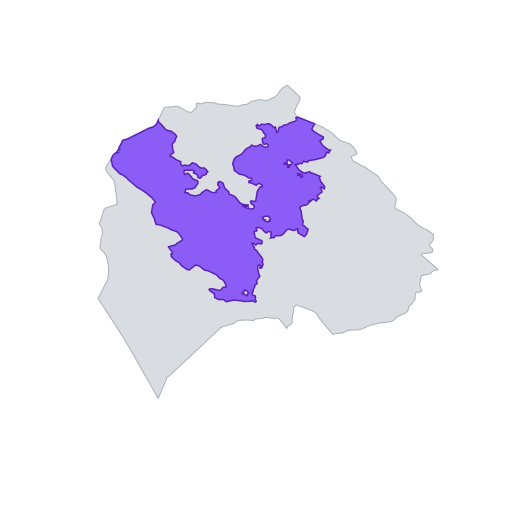 where Oromiya sits in Ethiopia, rotated 113°
{"feature_id": "ETH-3131", "entity_name": "Oromiya", "entity_type": "Administrative State", "adm_level": 1, "iso_a3": "ETH", "parent_name": "Ethiopia", "parent_adm1": "", "projection": "equal_earth", "projection_center": [38.367, 6.948], "detail": "fine", "context": "in_parent", "style": "filled", "palette": "violet", "viewbox_px": 512, "rotation_deg": 113, "n_neighbors": 0, "source": "natural_earth", "source_scale": "10m", "svg_char_len": 9787}
<svg xmlns="http://www.w3.org/2000/svg" viewBox="0 0 512 512"><g transform="rotate(113 256 256)"><path d="M137.9,366.8L137.5,366.2L135.6,364.0L133.7,361.2L132.6,358.1L131.5,355.6L130.9,349.9L129.6,346.4L128.2,342.1L126.2,334.0L125.4,331.1L123.7,329.3L122.0,327.5L120.3,323.9L115.6,320.7L113.9,318.2L110.8,313.9L110.0,311.8L109.8,309.6L108.9,307.6L107.2,305.3L101.8,300.4L100.4,299.8L98.5,299.2L95.7,298.8L91.9,297.6L88.6,295.7L87.1,294.4L86.8,293.4L87.1,291.8L88.3,289.1L90.6,282.7L92.2,278.3L93.2,277.1L96.1,276.7L99.2,276.9L101.5,277.2L104.6,277.2L108.4,276.9L109.9,275.4L111.1,273.8L111.6,272.7L111.8,269.8L111.8,267.5L111.6,258.7L111.5,253.3L111.3,247.2L111.4,245.9L111.4,244.4L112.4,237.8L113.2,234.0L113.8,232.1L116.3,225.8L116.7,223.8L116.8,222.0L116.0,213.6L117.5,209.6L119.5,205.7L121.2,204.1L122.7,202.9L123.4,203.4L125.0,205.2L127.2,207.0L128.2,206.6L129.7,205.0L130.8,203.4L130.6,200.4L131.7,194.4L131.5,190.9L132.6,186.6L133.8,180.5L134.3,176.6L135.0,174.6L138.1,170.3L140.9,164.3L142.6,160.0L145.9,152.8L147.6,150.2L148.9,149.1L151.0,148.4L154.7,147.7L157.4,147.1L157.8,146.2L158.0,144.7L158.1,141.5L158.6,136.0L159.8,130.7L161.2,126.6L161.9,124.8L162.8,123.0L163.8,120.0L165.1,113.5L165.1,109.1L166.9,101.0L167.3,100.9L170.3,99.5L173.3,99.2L176.2,100.3L178.1,100.5L178.9,100.0L179.7,98.7L180.5,96.5L181.7,95.3L183.3,95.1L185.4,97.5L188.8,104.0L189.7,104.4L190.3,104.2L192.0,99.0L193.4,95.0L195.9,87.4L197.3,83.1L198.6,84.3L199.9,86.5L201.4,87.6L203.1,88.2L203.8,88.3L204.8,89.2L208.3,94.6L209.5,95.8L211.2,95.9L218.0,94.2L222.1,91.1L222.8,89.8L223.9,89.8L225.3,91.2L225.8,92.5L226.7,94.3L228.3,94.6L232.2,93.3L234.1,92.6L235.7,93.2L237.8,93.7L239.1,93.7L242.2,95.5L246.0,94.9L247.7,95.0L249.5,95.7L252.5,98.5L256.3,101.9L261.8,104.4L263.0,105.4L265.6,109.2L269.8,116.7L275.2,123.8L281.1,129.4L284.2,133.3L286.4,138.1L288.5,142.4L290.6,144.3L292.6,145.7L294.6,149.0L296.1,151.8L298.1,154.9L295.9,159.2L293.0,165.0L289.6,171.7L288.6,173.3L285.6,177.4L285.1,178.5L284.5,181.5L284.5,186.8L284.9,193.6L285.3,199.9L286.9,200.6L288.9,201.1L291.0,200.2L293.6,199.5L296.7,199.1L300.3,197.9L302.3,196.8L304.5,196.9L306.5,198.0L307.4,199.0L308.8,199.4L310.6,199.3L310.2,200.5L309.2,202.2L308.1,204.0L307.0,205.7L304.7,210.8L304.6,211.4L304.9,212.4L306.2,214.7L307.5,218.4L308.3,221.8L308.9,223.4L310.5,225.3L312.8,229.2L314.0,231.8L316.6,233.2L317.4,236.6L319.4,241.5L321.4,245.4L323.4,248.4L325.7,249.6L326.6,249.7L331.2,255.4L334.8,259.7L335.7,260.4L342.1,263.2L349.5,266.5L355.4,269.1L362.9,272.4L370.4,275.7L377.3,278.8L387.2,283.2L395.1,286.8L401.3,289.6L402.6,290.4L425.2,290.4L419.7,297.7L413.5,305.9L406.9,314.5L402.7,320.0L395.9,328.8L390.4,336.1L384.6,344.1L379.4,351.4L372.6,361.4L368.2,367.9L361.3,378.1L357.0,384.5L356.4,384.8L350.1,384.3L344.1,383.9L336.3,383.3L335.4,383.3L333.2,383.9L331.8,384.5L326.3,386.2L325.2,386.6L320.6,389.4L315.9,392.6L313.4,395.1L311.5,398.7L310.7,401.3L309.8,402.4L308.4,403.4L298.5,405.8L295.6,406.1L291.0,408.1L288.5,411.3L287.8,413.0L284.5,412.9L278.7,413.4L276.2,413.9L275.0,414.0L272.8,414.0L271.0,413.4L269.7,412.5L268.2,410.5L264.9,406.5L262.4,404.0L257.1,406.9L252.3,409.8L245.4,413.9L241.5,416.8L240.4,419.8L237.3,425.2L234.7,428.5L233.6,428.9L227.5,428.2L225.3,427.5L221.7,426.9L216.8,425.8L213.5,424.5L210.0,424.4L204.9,423.9L201.7,423.0L198.5,420.0L194.4,416.4L190.1,412.7L185.8,408.9L180.6,404.5L175.0,399.7L173.7,399.3L173.1,399.2L167.0,398.9L160.6,398.7L156.3,398.6L154.9,398.0L154.0,396.9L152.6,393.4L150.9,390.8L149.1,387.6L148.9,383.3L149.5,378.6L149.9,377.0L149.7,375.4L149.7,373.3L148.7,371.3L142.4,369.0L141.4,369.2L140.4,370.0L139.2,370.6L138.3,370.1L137.8,369.2L137.8,367.8L137.9,366.8Z" fill="#d9dde1" stroke="#a8b0b8" stroke-width="1"/><path d="M111.9,272.1L111.4,253.7L116.7,254.2L117.8,253.8L118.7,251.4L119.6,246.1L120.1,240.6L120.7,240.1L122.4,240.0L124.5,242.1L125.2,242.0L127.8,238.4L128.7,236.2L130.0,230.7L129.4,228.8L132.7,229.3L133.0,231.6L136.1,231.3L138.5,232.0L143.9,238.8L148.0,245.3L149.3,245.1L150.0,247.0L150.3,249.4L153.0,249.8L154.2,252.7L154.4,253.1L155.4,253.0L156.1,255.5L156.6,255.7L159.9,250.0L160.8,245.4L160.7,243.7L157.4,239.3L158.1,238.2L157.7,236.2L157.6,228.0L158.3,228.4L159.2,228.2L162.1,225.6L164.4,221.3L165.6,219.7L167.6,219.4L166.8,222.7L168.1,223.4L168.5,223.3L169.3,221.6L171.3,220.2L174.4,222.2L177.1,223.2L177.7,222.6L178.3,220.4L179.9,221.7L181.4,221.7L181.7,221.9L181.8,222.7L181.2,224.5L181.5,225.5L182.2,226.4L183.8,226.7L184.4,228.9L184.8,229.0L185.6,227.7L189.3,229.4L191.0,232.3L193.1,234.4L195.2,233.9L197.5,231.7L204.1,227.9L205.4,226.1L209.2,225.3L209.6,224.4L209.4,223.0L210.1,222.1L211.0,218.4L216.3,218.0L219.3,219.0L218.3,226.2L216.5,227.7L214.8,227.7L214.8,228.7L215.3,229.2L216.9,230.1L217.8,231.4L218.4,236.0L219.1,237.2L220.6,238.2L224.7,239.3L227.3,240.8L229.9,246.1L232.4,246.8L232.3,247.6L233.8,249.7L232.4,249.4L231.0,250.7L228.0,251.1L228.6,254.1L230.7,255.4L230.5,257.3L228.6,261.5L228.7,264.3L229.7,266.6L230.6,266.7L232.1,265.0L232.8,265.3L233.6,266.9L234.1,267.4L239.5,263.9L239.6,256.8L240.6,255.7L241.8,255.5L242.9,255.9L243.8,259.8L245.5,260.0L245.9,260.6L245.4,263.9L245.8,264.7L247.6,262.9L248.4,260.9L249.2,260.9L250.3,259.8L250.8,257.2L252.2,255.4L255.4,249.5L256.8,248.3L259.4,247.7L260.8,246.3L264.4,246.1L265.5,246.9L265.7,247.5L265.4,247.9L262.9,248.0L263.2,250.0L264.0,250.6L267.7,249.1L271.3,246.5L272.7,244.9L273.5,244.6L278.6,246.0L280.2,244.5L281.3,244.2L282.9,245.7L284.8,245.1L288.2,245.5L289.8,244.6L291.7,245.5L293.3,243.5L293.0,241.2L294.5,240.2L296.0,239.8L297.7,238.1L298.6,238.4L298.8,239.7L298.7,242.7L299.4,242.9L300.2,244.0L302.5,249.3L303.4,253.6L304.1,255.0L304.6,257.5L306.0,260.5L309.4,264.8L309.6,266.0L308.9,268.8L309.1,270.2L310.5,272.4L310.7,274.0L310.4,277.8L307.5,279.2L306.9,280.4L306.0,284.8L305.2,286.1L304.5,285.9L303.2,283.3L302.1,276.7L301.5,275.4L297.5,274.0L296.3,271.4L294.8,272.0L291.7,275.7L290.7,277.9L290.8,280.5L288.8,285.1L288.3,294.2L289.1,297.9L287.4,304.0L287.4,305.2L288.0,308.2L294.9,311.9L295.4,314.0L294.4,319.4L293.3,322.3L292.4,323.3L291.8,326.4L292.0,327.0L290.1,332.8L289.4,333.9L288.2,334.7L287.1,334.9L286.8,333.9L284.9,334.8L283.5,337.7L281.7,340.2L277.1,334.3L275.4,333.8L270.4,330.2L269.3,330.2L268.3,331.3L265.5,335.7L264.5,338.5L265.0,344.0L264.6,347.9L265.0,357.0L265.9,360.4L261.0,364.5L257.0,369.1L249.3,371.0L246.2,369.6L245.4,370.1L243.2,374.3L241.0,381.3L239.9,386.3L239.2,392.2L235.7,403.3L234.7,405.1L233.4,411.0L233.7,412.9L230.0,422.0L229.2,423.2L224.6,426.5L224.5,427.0L220.1,427.2L216.1,425.7L214.7,423.8L214.7,424.7L212.2,424.2L211.3,423.0L211.0,423.8L209.9,424.5L203.8,423.9L202.1,424.1L200.6,423.0L199.2,420.7L179.2,403.6L178.8,402.2L178.2,402.2L177.5,401.0L173.6,399.1L169.1,399.1L170.8,397.9L171.6,395.2L174.9,388.5L175.0,386.8L174.3,383.0L175.3,378.5L176.5,376.1L177.5,375.6L179.8,376.0L182.3,375.5L185.1,376.8L186.3,376.7L191.2,373.7L192.6,372.2L195.3,373.4L196.6,374.6L197.5,374.2L197.6,370.8L198.7,366.6L198.5,362.3L201.4,360.7L201.8,359.5L201.7,358.8L200.4,357.7L199.1,353.0L195.1,351.0L195.0,350.6L194.8,346.8L196.1,343.8L196.5,340.7L195.3,338.3L195.3,337.0L197.2,333.3L198.2,333.9L200.3,333.8L203.6,337.3L205.2,337.1L206.4,338.2L206.5,339.5L205.9,340.6L204.2,341.8L203.8,343.5L204.1,345.4L203.8,346.1L202.0,345.9L201.8,346.6L201.9,348.1L205.1,355.4L207.0,355.2L208.6,353.8L208.5,353.1L207.2,352.1L206.4,350.9L208.5,346.0L209.7,344.7L209.6,339.7L210.0,338.7L210.8,338.1L212.9,337.9L215.6,338.8L217.1,338.7L217.6,339.8L219.3,340.8L221.2,345.4L222.3,346.6L225.5,346.3L224.5,343.9L224.5,343.2L225.3,341.4L225.3,340.0L224.5,335.3L221.0,331.1L218.9,330.7L214.4,327.6L214.2,326.2L214.8,321.6L213.6,318.4L212.9,317.6L211.6,318.2L207.3,315.9L205.3,319.1L203.3,319.7L201.9,319.0L201.4,317.9L201.9,314.7L205.7,311.4L207.5,306.3L209.5,304.7L209.4,299.7L210.1,297.4L213.2,291.9L213.8,289.7L212.9,285.2L212.1,283.2L213.4,282.7L214.2,286.2L215.1,287.5L215.3,286.9L215.2,284.8L215.6,282.7L214.8,281.8L214.9,279.8L214.4,277.9L212.6,276.5L211.2,276.8L210.1,278.5L209.6,281.2L208.0,282.3L207.1,282.1L206.5,278.9L205.2,277.8L196.0,280.1L190.9,279.3L189.9,277.3L188.9,277.6L188.3,278.7L187.8,280.9L188.6,282.4L190.9,283.4L190.6,288.5L191.2,291.1L190.5,291.7L189.6,291.7L188.8,290.2L188.2,289.8L186.1,290.5L186.1,291.3L187.1,293.4L186.4,295.5L186.3,299.2L187.1,303.1L185.8,309.4L182.5,311.4L180.3,313.5L175.3,314.0L172.3,312.9L168.4,309.4L165.7,308.2L163.3,307.8L160.5,306.4L157.8,304.1L155.6,303.4L155.6,300.7L154.6,298.1L151.4,295.3L151.4,294.7L152.3,293.0L152.5,291.6L151.7,288.3L150.9,287.8L149.3,288.0L148.5,289.5L148.5,290.1L150.1,292.3L148.8,294.3L145.8,296.0L144.7,295.7L144.1,293.9L141.9,294.1L140.9,295.0L140.1,295.2L139.7,297.1L138.8,297.9L137.5,300.2L138.0,305.0L136.3,306.7L134.3,306.1L135.3,304.1L132.4,302.3L131.8,299.6L129.6,296.8L129.1,295.5L129.5,292.8L131.0,289.7L129.6,288.6L134.1,285.3L133.4,284.6L132.2,284.4L129.2,284.9L127.9,284.5L127.1,282.8L124.7,281.6L122.8,278.6L120.5,277.1L116.3,272.3L115.0,271.9L113.1,273.3L111.9,272.1ZM218.5,257.6L218.3,257.0L217.7,257.7L217.3,257.1L215.8,257.5L214.6,260.1L215.5,262.6L217.3,264.6L218.2,265.0L218.6,264.0L219.5,263.7L219.2,261.6L220.1,261.9L220.3,260.4L219.6,257.6L218.5,257.6ZM158.7,259.5L155.8,258.9L155.5,260.7L154.9,262.0L154.9,264.1L155.5,264.6L156.6,264.3L157.4,264.7L158.3,263.7L159.3,265.1L159.4,266.1L160.2,266.4L159.8,265.2L160.1,264.6L159.5,263.4L159.8,261.0L159.0,261.0L158.6,260.2L158.9,259.6L158.7,259.5ZM295.6,254.2L296.2,253.3L295.7,251.7L296.1,248.9L295.8,248.3L294.3,248.9L292.9,248.3L291.7,250.6L291.5,253.0L292.7,252.9L293.4,253.6L294.4,253.2L295.6,254.2ZM165.2,249.0L164.6,246.9L165.9,245.2L164.7,244.1L163.5,245.0L163.2,246.7L164.0,249.7L164.4,248.8L165.2,249.0ZM160.9,262.0L162.2,261.2L161.2,260.0L160.0,261.1L160.9,262.0Z" fill="#8b5cf6" stroke="#5b21b6" stroke-width="1.5"/></g></svg>